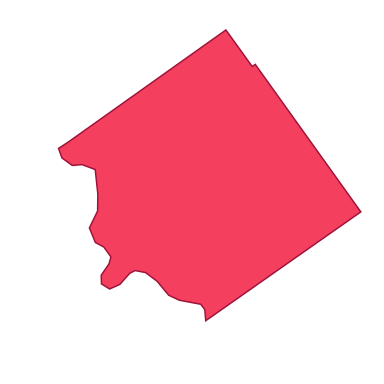 the district of Brule, South Dakota, United States of America, rotated 325°
{"feature_id": "52423323B31901500276132", "entity_name": "Brule", "entity_type": "district", "adm_level": 2, "iso_a3": "USA", "parent_name": "United States of America", "parent_adm1": "South Dakota", "projection": "orthographic", "projection_center": [-99.284, 43.717], "detail": "fine", "context": "isolated", "style": "filled", "palette": "rose", "viewbox_px": 384, "rotation_deg": 325, "n_neighbors": 0, "source": "geoboundaries", "source_scale": "gbopen_adm2", "svg_char_len": 539}
<svg xmlns="http://www.w3.org/2000/svg" viewBox="0 0 384 384"><g transform="rotate(325 192 192)"><path d="M107.7,79.7L105.0,89.5L109.1,101.5L117.6,106.5L125.6,118.1L113.6,139.8L103.8,153.4L87.3,162.6L83.9,178.0L88.2,186.5L88.4,198.6L82.9,203.2L69.9,208.1L65.1,215.4L68.9,224.2L80.0,226.3L94.3,222.9L100.3,223.7L107.7,231.3L112.2,245.0L113.7,263.2L119.6,273.5L134.8,289.0L135.0,295.7L129.4,305.3L318.9,305.1L317.0,123.7L313.3,123.7L312.7,78.7L268.1,79.0L118.5,80.1L107.7,79.7Z" fill="#f43f5e" stroke="#9f1239" stroke-width="1.5"/></g></svg>